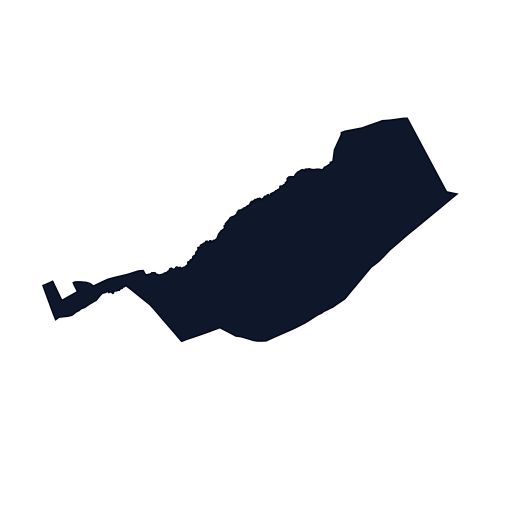 Su'xbaatar, Ulaanbaatar, Mongolia (orthographic projection), rotated 68°
{"feature_id": "93677404B10423406698460", "entity_name": "Su'xbaatar", "entity_type": "district", "adm_level": 2, "iso_a3": "MNG", "parent_name": "Mongolia", "parent_adm1": "Ulaanbaatar", "projection": "orthographic", "projection_center": [106.924, 48.052], "detail": "fine", "context": "isolated", "style": "filled", "palette": "ink", "viewbox_px": 512, "rotation_deg": 68, "n_neighbors": 0, "source": "geoboundaries", "source_scale": "gbopen_adm2", "svg_char_len": 4888}
<svg xmlns="http://www.w3.org/2000/svg" viewBox="0 0 512 512"><g transform="rotate(68 256 256)"><path d="M184.9,64.2L184.0,66.7L183.6,67.7L182.2,73.3L180.6,79.6L180.0,81.7L179.1,84.6L177.9,88.1L177.8,92.1L177.3,102.3L177.1,108.5L177.0,109.9L174.5,122.5L173.7,126.7L173.6,130.3L173.5,130.6L175.5,131.4L176.4,132.4L179.4,135.5L184.2,140.6L185.9,142.4L187.3,143.8L188.4,144.3L190.7,145.6L196.4,148.8L196.9,149.1L197.2,151.0L197.0,152.0L198.4,152.6L198.9,155.2L199.3,157.0L199.4,158.1L199.4,159.5L199.9,160.1L200.5,160.7L200.8,161.0L200.6,162.7L199.9,163.9L199.0,165.3L198.1,167.8L197.7,169.7L197.4,170.5L195.9,173.1L195.5,173.4L194.9,174.1L195.1,175.0L194.9,175.5L194.5,176.2L194.1,177.2L194.1,178.1L195.4,179.0L194.9,179.4L194.2,179.9L193.5,180.1L193.2,181.2L193.2,181.5L193.6,183.5L193.8,186.0L194.4,187.1L195.0,188.7L196.1,190.0L196.9,191.0L196.4,192.1L195.4,194.1L195.3,195.2L195.0,195.9L195.6,197.4L195.8,198.0L196.0,198.1L198.3,199.0L198.5,199.6L198.9,200.4L198.9,200.9L199.0,201.2L200.2,201.8L200.3,202.0L200.4,203.5L200.8,204.5L200.9,205.9L200.3,207.5L200.7,207.8L202.2,208.5L202.8,209.5L202.6,210.7L202.6,211.0L203.0,211.6L203.1,212.1L202.9,213.4L203.6,214.4L203.7,216.7L203.9,219.1L204.7,219.1L205.1,218.9L205.2,219.9L204.7,220.9L203.6,221.8L203.7,222.7L204.4,223.4L204.4,224.0L203.9,225.1L204.5,226.7L205.4,227.1L205.2,228.5L205.8,229.6L205.8,230.3L205.3,230.4L204.5,230.4L204.1,230.5L203.8,230.9L203.9,231.5L204.0,232.2L203.4,232.7L203.5,233.1L203.6,233.9L203.7,234.9L203.6,235.1L203.3,235.7L203.7,236.8L204.2,238.2L204.3,238.6L203.8,239.2L204.0,240.2L204.7,241.3L206.2,242.8L206.3,243.8L206.3,245.2L206.7,246.3L207.1,247.4L207.0,249.2L207.0,249.9L207.7,251.3L207.6,251.7L207.7,253.0L207.1,255.1L207.9,256.0L208.7,255.7L209.0,256.1L208.5,257.1L209.6,257.8L210.0,258.8L210.5,259.5L210.9,262.3L210.7,263.4L210.8,265.5L211.9,266.8L213.5,270.0L214.6,272.3L215.8,272.4L215.9,273.4L216.3,274.4L217.5,274.4L218.0,274.8L218.7,275.0L219.7,279.1L221.8,282.6L223.0,283.6L225.7,286.2L225.7,286.3L225.6,287.1L226.0,287.7L225.9,288.7L225.7,289.3L225.6,289.7L226.2,290.8L226.3,292.0L225.9,292.6L225.5,292.5L224.9,292.2L224.6,293.2L225.2,294.4L225.7,295.1L225.5,295.5L224.0,295.7L223.7,297.2L223.8,297.3L224.5,297.9L224.7,298.7L224.6,299.7L225.1,301.1L225.1,302.9L225.3,303.5L226.0,303.9L226.9,304.6L226.5,305.7L226.6,306.9L227.8,307.1L228.8,307.6L229.3,308.1L229.5,309.6L230.1,310.3L232.5,311.9L232.5,313.4L232.9,314.7L233.4,315.0L235.0,315.8L234.9,317.5L235.3,318.6L236.0,319.1L236.2,320.7L236.1,321.6L236.8,321.9L237.1,321.9L238.0,322.1L238.6,322.4L238.9,324.3L239.6,325.9L239.4,326.8L239.4,327.2L239.6,329.7L238.6,330.3L238.1,330.5L237.9,332.2L237.1,332.8L236.4,334.0L236.6,334.8L237.6,335.8L237.6,336.8L237.1,338.1L235.6,339.0L235.5,340.5L236.8,341.9L237.2,342.4L237.2,343.2L237.4,344.1L238.1,345.0L237.5,347.3L238.0,348.3L237.4,353.1L236.4,354.0L236.2,354.2L235.6,355.9L234.7,355.5L233.6,356.0L232.5,359.0L233.0,359.8L233.1,361.5L232.7,362.2L232.8,363.9L232.0,365.1L230.8,365.7L229.3,365.8L227.7,366.0L227.2,366.1L226.6,368.2L225.8,370.8L224.9,382.4L224.1,387.5L222.9,395.4L222.7,397.0L222.1,402.3L222.5,410.1L222.9,416.2L222.8,418.2L219.3,420.2L217.1,423.0L216.5,424.0L215.8,425.4L214.3,428.3L212.5,432.7L212.4,433.5L212.2,435.4L215.1,435.5L217.6,435.2L219.4,435.0L222.2,434.9L222.5,437.3L223.8,447.4L224.5,452.6L220.4,453.0L206.8,453.8L203.3,454.0L203.5,458.5L203.6,464.6L221.1,465.2L222.8,465.2L226.6,465.4L234.0,465.6L240.0,465.6L238.9,461.6L241.2,453.6L241.7,451.1L241.9,449.0L241.9,448.4L240.6,444.2L240.3,441.5L240.4,441.0L239.4,438.2L239.5,433.7L239.1,432.3L238.4,429.4L237.4,422.6L237.3,420.9L235.2,417.1L234.0,414.9L233.4,413.6L233.0,412.5L233.2,410.6L233.5,409.0L232.9,407.1L232.6,406.5L233.3,405.9L234.3,406.5L234.8,406.2L234.7,404.5L235.2,403.7L237.0,402.8L237.0,402.2L235.9,401.3L235.5,400.5L235.4,400.3L235.8,399.2L236.2,398.3L236.0,396.8L236.6,395.5L235.7,394.6L235.7,393.8L235.8,392.1L234.9,391.1L235.2,389.6L234.8,388.4L234.4,388.0L235.0,387.5L240.6,384.2L246.2,381.1L258.7,374.1L261.5,372.5L263.2,371.9L268.1,370.1L280.8,365.9L285.1,364.4L296.5,360.5L307.1,357.0L307.3,356.9L307.3,352.0L307.8,344.2L308.0,340.4L308.5,330.2L308.6,326.8L308.9,316.3L315.8,310.4L322.7,304.6L325.2,300.1L329.8,294.3L333.4,289.9L334.1,288.6L335.3,286.7L337.2,282.0L338.5,278.5L338.3,274.6L337.9,263.4L337.6,252.6L337.4,247.2L336.8,240.0L336.4,235.6L335.5,230.5L334.1,223.0L333.6,220.1L333.5,216.5L332.9,214.4L332.8,213.8L332.2,205.3L332.2,204.1L330.9,198.6L329.0,189.8L328.9,189.5L324.8,182.0L321.2,175.2L315.8,165.2L311.7,157.6L310.3,154.9L309.5,153.5L308.3,148.8L306.6,143.3L304.5,138.4L302.0,133.0L300.3,129.1L299.5,126.7L297.6,120.9L296.1,116.5L293.9,110.2L292.5,105.9L291.4,102.4L290.7,99.9L288.5,93.0L286.6,87.0L285.4,83.1L282.8,75.0L280.5,67.5L277.8,59.2L275.4,51.6L273.8,46.4L271.2,50.4L267.9,55.3L215.7,60.9L184.9,64.2Z" fill="#0f172a" stroke="#020617" stroke-width="1.5"/></g></svg>